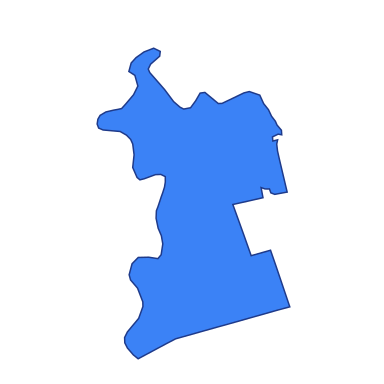 outline of Roca Sales, Rio Grande do Sul, Brazil, rotated 346°
{"feature_id": "56859067B6825501314110", "entity_name": "Roca Sales", "entity_type": "district", "adm_level": 2, "iso_a3": "BRA", "parent_name": "Brazil", "parent_adm1": "Rio Grande do Sul", "projection": "albers", "projection_center": [-51.837, -29.244], "detail": "fine", "context": "isolated", "style": "filled", "palette": "blue", "viewbox_px": 384, "rotation_deg": 346, "n_neighbors": 0, "source": "geoboundaries", "source_scale": "gbopen_adm2", "svg_char_len": 1472}
<svg xmlns="http://www.w3.org/2000/svg" viewBox="0 0 384 384"><g transform="rotate(346 192 192)"><path d="M99.4,340.8L129.8,333.1L140.6,330.5L183.4,329.2L192.2,329.0L247.1,327.3L259.1,327.1L255.6,284.3L254.1,267.5L234.0,268.1L231.8,245.2L228.6,214.0L244.1,214.4L259.5,214.7L260.1,204.4L263.6,206.7L267.9,207.8L268.3,211.9L271.7,214.3L284.3,215.1L284.7,181.9L284.9,172.9L285.8,166.0L287.7,162.1L282.8,162.1L283.4,158.0L289.6,156.7L292.9,158.2L293.7,153.7L290.7,147.6L290.0,143.5L287.5,137.7L286.1,130.6L282.9,123.6L281.2,114.4L271.9,108.4L266.4,108.4L242.6,113.3L238.9,112.5L228.6,98.5L223.8,98.0L217.6,104.4L211.0,109.9L204.0,109.5L200.8,106.7L196.0,99.8L190.2,86.0L179.9,65.9L179.3,62.1L182.7,58.0L193.5,52.4L195.2,47.9L189.6,43.2L179.3,44.5L170.2,48.1L164.2,52.1L159.9,59.8L164.8,65.0L165.1,76.1L158.8,83.5L149.1,90.5L143.9,94.0L140.1,93.9L135.6,93.6L127.8,93.5L121.4,95.4L118.3,98.6L116.4,103.1L116.9,107.4L120.7,110.3L136.9,115.9L142.2,121.0L145.2,126.1L146.1,131.1L144.8,141.9L140.4,153.9L142.2,164.6L144.4,167.6L148.9,167.6L160.7,166.3L166.0,167.4L169.8,170.6L168.5,175.9L166.5,180.6L163.3,185.8L161.0,189.2L158.5,193.2L155.3,198.2L152.9,201.6L150.8,208.8L150.4,218.9L151.7,227.0L151.1,235.3L146.9,245.4L142.8,248.4L134.2,244.8L124.0,242.5L116.5,247.1L111.0,257.1L111.1,262.5L115.9,272.1L117.7,286.7L116.7,291.2L113.8,295.6L109.7,301.7L95.5,312.1L91.4,316.9L90.3,322.1L91.6,327.8L95.7,335.9L99.4,340.8Z" fill="#3b82f6" stroke="#1e3a8a" stroke-width="1.5"/></g></svg>